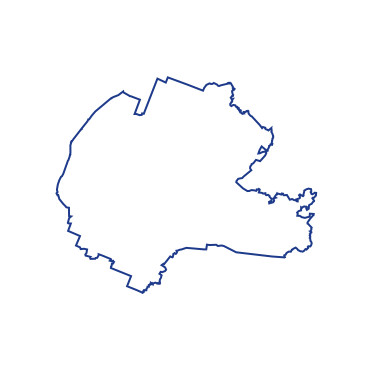 Blīdenes pag., Brocenu, Latvia, rotated 299°
{"feature_id": "27541924B82877034369883", "entity_name": "Blīdenes pag.", "entity_type": "district", "adm_level": 2, "iso_a3": "LVA", "parent_name": "Latvia", "parent_adm1": "Brocenu", "projection": "albers", "projection_center": [22.765, 56.631], "detail": "fine", "context": "isolated", "style": "outline", "palette": "blue", "viewbox_px": 384, "rotation_deg": 299, "n_neighbors": 0, "source": "geoboundaries", "source_scale": "gbopen_adm2", "svg_char_len": 6012}
<svg xmlns="http://www.w3.org/2000/svg" viewBox="0 0 384 384"><g transform="rotate(299 192 192)"><path d="M218.9,313.9L219.9,310.5L220.3,309.7L220.4,308.3L221.5,307.8L226.0,308.3L230.6,309.3L230.7,309.5L231.8,309.1L230.2,305.6L227.5,306.8L224.1,303.3L223.2,300.2L223.4,298.0L222.3,295.6L224.2,295.1L225.0,293.9L227.1,294.6L228.8,296.3L231.5,294.9L231.4,295.9L232.9,296.4L233.8,297.1L234.0,298.1L234.6,299.1L234.5,299.7L233.0,299.9L232.1,301.2L234.0,302.2L235.9,301.2L237.3,300.8L239.8,302.4L241.9,302.6L243.1,303.2L243.5,303.1L244.9,300.3L245.5,300.4L246.1,301.4L249.0,302.1L251.4,301.0L250.8,299.6L249.9,299.4L248.3,298.3L248.2,297.5L249.4,295.9L249.9,296.2L251.4,295.4L252.2,294.7L251.4,292.2L249.6,290.6L247.6,289.5L246.7,290.0L243.7,290.7L243.1,291.3L242.2,291.1L242.1,290.1L242.2,287.6L241.1,287.2L240.4,288.5L239.2,289.2L238.5,289.0L236.3,287.0L235.6,288.8L235.0,289.0L234.7,288.1L235.1,287.4L234.4,284.9L234.4,283.0L232.7,281.3L235.4,276.4L233.7,274.0L233.9,272.6L234.6,272.4L234.2,271.2L233.0,271.2L232.6,269.1L232.1,267.7L231.8,267.7L232.0,267.1L230.8,267.2L230.4,266.9L227.7,266.7L227.6,268.0L225.9,266.4L224.1,268.1L222.4,268.0L219.5,265.1L220.7,264.2L222.9,265.7L224.5,265.0L225.5,262.0L226.2,261.6L226.4,259.9L225.2,258.4L225.5,257.5L226.5,256.8L225.0,254.8L225.2,253.8L224.0,250.7L226.9,250.1L227.1,249.2L227.1,248.9L226.3,248.7L225.7,247.5L225.2,247.8L224.1,247.6L223.9,246.4L222.6,243.2L220.6,241.5L219.7,240.0L219.9,234.8L222.0,226.0L223.1,225.6L225.9,226.0L228.6,229.2L230.4,229.6L239.8,233.3L240.7,231.5L242.2,230.7L242.9,230.6L244.6,230.9L245.3,230.6L246.8,231.7L251.1,232.4L252.0,236.6L259.4,238.3L262.1,238.1L262.7,237.4L262.7,236.1L262.3,235.8L261.3,234.4L258.8,232.6L257.9,231.4L261.4,230.8L265.6,230.8L264.3,237.8L264.8,238.2L266.0,237.5L266.5,237.7L268.4,237.6L269.7,237.1L270.4,237.7L271.6,237.6L271.7,238.1L272.1,238.1L272.0,238.5L272.1,239.1L273.1,239.0L273.3,238.8L273.5,238.1L274.1,237.7L275.2,237.5L275.8,237.0L276.7,237.0L277.9,236.4L278.7,236.7L279.7,236.3L280.1,235.7L280.8,235.5L281.0,235.0L282.2,233.8L283.1,232.2L284.2,232.1L284.8,231.4L285.7,231.0L285.9,230.4L286.2,230.3L282.9,229.0L283.0,228.0L282.7,226.2L282.9,225.4L283.2,224.9L283.7,224.8L283.2,222.5L281.9,222.3L283.4,218.9L286.4,209.8L287.1,207.6L287.0,206.7L287.2,205.7L288.0,203.6L289.2,202.6L290.0,202.2L290.2,201.7L289.5,200.8L289.3,201.0L289.0,200.4L288.2,200.2L287.4,199.5L287.3,198.9L287.0,198.8L286.9,198.3L285.7,198.5L285.6,199.1L284.8,198.2L284.9,197.1L285.3,195.9L285.1,195.6L285.5,195.0L286.0,194.5L286.4,194.5L286.9,195.2L287.1,195.0L286.9,194.1L286.4,194.1L286.2,193.7L287.0,192.7L288.0,192.4L288.1,191.2L287.4,191.1L287.9,190.4L287.9,190.0L288.3,189.9L288.0,189.0L288.8,187.9L288.2,186.0L286.8,185.0L286.3,184.9L286.3,184.0L286.7,183.2L287.8,182.7L289.0,183.0L289.4,182.8L289.9,183.2L291.1,183.1L291.9,182.5L292.9,182.6L292.2,181.9L292.7,181.5L292.8,181.1L293.1,180.8L293.3,180.2L295.3,180.5L295.5,181.2L296.8,181.0L297.4,180.0L299.6,178.1L300.7,178.4L301.3,179.0L301.6,179.0L301.8,178.5L302.3,179.3L302.8,179.3L302.9,178.7L302.6,178.2L302.6,177.6L303.1,177.5L303.5,176.7L304.0,176.6L304.8,175.0L305.9,173.4L305.9,173.1L305.8,172.8L305.9,172.4L305.3,172.3L305.4,171.6L305.1,170.8L304.5,170.5L304.2,170.9L299.2,165.4L297.8,164.3L297.6,163.1L298.1,161.8L297.9,158.2L296.5,157.5L295.7,156.3L295.5,154.7L292.7,152.7L289.0,152.2L286.0,152.5L283.7,135.9L280.5,115.3L275.0,116.0L274.4,106.8L237.0,111.9L236.6,110.3L235.0,110.6L233.8,108.8L233.2,105.4L232.4,104.0L247.5,101.7L246.1,92.1L245.7,91.1L245.8,91.0L245.9,83.7L246.6,83.1L241.0,80.6L236.8,77.1L234.7,76.0L234.8,75.8L215.6,68.4L210.2,67.3L205.6,66.8L205.2,66.1L203.3,66.3L193.3,64.6L193.3,64.9L191.8,64.4L181.0,62.7L178.0,62.4L178.0,62.0L177.1,62.0L177.1,62.3L173.9,63.0L167.3,66.7L165.2,67.3L165.3,67.5L160.3,68.4L159.2,68.3L145.5,70.6L142.7,70.6L141.7,70.1L138.1,70.2L133.6,71.0L129.2,72.5L128.1,73.0L126.8,74.4L125.2,74.1L124.0,75.9L124.5,76.4L121.5,79.4L119.1,85.3L118.4,87.9L117.7,89.4L118.0,90.5L118.6,92.0L111.3,96.2L112.0,98.1L109.6,97.2L104.8,98.4L104.6,99.0L105.7,101.3L97.9,102.5L99.2,115.4L88.9,116.5L89.3,120.9L88.1,122.3L90.0,125.1L90.9,128.1L87.4,129.3L85.6,129.0L84.8,129.8L86.0,134.5L85.7,134.4L84.7,135.1L84.6,135.7L84.4,135.8L86.7,139.7L87.5,139.7L88.5,141.0L91.5,141.0L92.3,140.5L92.8,143.4L94.0,153.5L93.8,153.9L92.1,153.5L92.4,155.1L93.5,156.4L92.9,156.8L93.0,157.6L91.2,157.7L90.5,156.7L88.5,157.5L87.8,157.3L86.2,157.9L88.9,179.5L78.1,180.9L79.3,190.4L79.9,196.4L79.8,197.6L81.0,198.2L81.5,197.6L82.1,197.7L82.3,197.4L82.7,197.5L82.6,198.2L83.3,198.3L83.3,198.6L83.9,199.7L85.4,199.1L86.6,199.4L87.6,199.0L88.3,200.2L89.7,199.3L90.5,200.0L90.6,200.4L91.1,200.7L91.4,200.0L91.9,200.0L92.0,200.4L92.0,200.9L92.5,200.5L92.4,201.1L93.0,201.3L92.7,202.2L93.1,202.0L93.2,202.6L93.7,202.8L94.9,203.8L95.1,204.4L95.0,205.5L95.5,205.8L95.4,206.3L95.6,206.3L96.0,206.8L95.8,207.3L96.0,207.4L96.0,208.1L96.2,208.3L97.0,207.9L97.8,208.5L97.1,207.3L100.0,206.4L102.0,206.4L104.4,205.8L104.7,203.2L107.0,203.3L107.5,204.8L109.7,206.7L111.5,207.0L113.0,205.1L113.3,200.9L115.5,201.9L115.5,202.6L125.1,204.2L125.3,206.5L125.7,206.7L127.5,206.3L128.6,205.7L130.1,206.4L129.9,207.2L130.0,207.8L130.9,208.1L132.0,208.0L133.1,206.9L134.0,208.1L135.2,208.9L136.8,210.8L140.4,214.1L147.7,230.5L148.7,232.3L153.2,230.6L154.1,233.0L157.6,238.8L157.3,240.8L159.5,243.7L160.2,246.1L160.7,259.9L174.5,293.5L179.7,304.7L180.0,304.9L181.3,303.4L182.7,304.3L184.2,304.2L185.6,304.8L186.9,305.7L187.7,307.4L189.9,307.3L190.2,307.8L191.3,308.0L193.6,309.6L193.2,311.7L192.6,313.0L192.7,315.6L193.4,317.1L193.5,317.7L194.8,318.5L197.0,318.9L197.3,319.2L197.2,320.1L199.4,320.7L200.1,319.9L200.9,320.0L201.8,321.9L203.5,322.0L205.4,321.4L206.5,320.0L206.7,319.3L208.8,317.8L208.9,317.3L209.4,317.4L209.9,317.1L210.3,317.1L211.1,316.0L211.7,316.2L212.2,315.9L212.4,315.6L212.7,315.8L213.2,315.5L214.0,315.8L214.4,315.2L214.8,315.5L214.9,314.9L215.1,315.2L215.6,314.5L217.1,314.6L218.1,313.9L218.9,313.9Z" fill="none" stroke="#1e3a8a" stroke-width="2"/></g></svg>